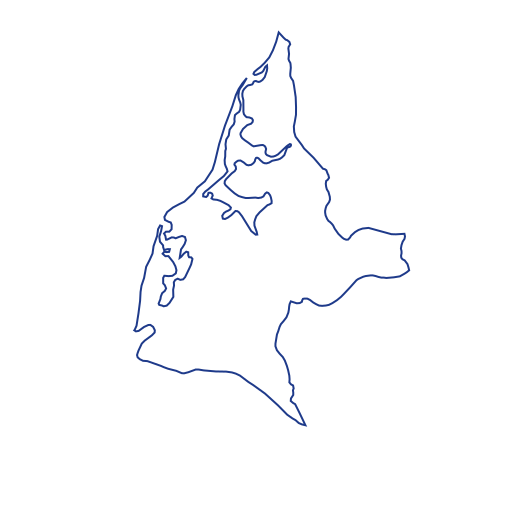 the district of Etimbouè, Ogooué-Maritime, Gabon, rotated 53°
{"feature_id": "22940354B22587364924270", "entity_name": "Etimbouè", "entity_type": "district", "adm_level": 2, "iso_a3": "GAB", "parent_name": "Gabon", "parent_adm1": "Ogooué-Maritime", "projection": "robinson", "projection_center": [9.502, -1.676], "detail": "fine", "context": "isolated", "style": "outline", "palette": "blue", "viewbox_px": 512, "rotation_deg": 53, "n_neighbors": 0, "source": "geoboundaries", "source_scale": "gbopen_adm2", "svg_char_len": 6162}
<svg xmlns="http://www.w3.org/2000/svg" viewBox="0 0 512 512"><g transform="rotate(53 256 256)"><path d="M420.9,318.4L407.6,315.7L397.9,313.9L395.8,314.8L392.7,315.5L390.8,313.8L389.4,309.9L387.6,308.5L385.5,307.3L384.4,305.6L381.7,304.3L379.6,305.3L377.0,305.4L374.7,303.4L371.6,301.4L366.6,299.1L362.4,297.5L356.9,295.9L352.8,295.4L348.2,295.9L343.8,296.0L339.8,294.8L337.7,293.2L331.3,286.5L329.5,283.6L326.8,279.8L325.4,277.1L324.6,273.3L323.3,268.6L320.7,264.3L318.7,262.1L316.4,260.0L314.7,258.2L313.2,255.5L318.3,251.9L319.9,249.4L320.2,246.9L319.2,245.8L318.5,244.3L319.1,243.0L321.0,240.6L323.7,239.3L327.5,238.3L330.6,237.0L333.5,235.5L335.6,233.2L337.6,230.0L338.9,227.2L339.6,223.4L340.0,218.0L339.8,212.8L339.2,208.7L337.7,199.9L335.8,190.3L335.9,188.2L337.1,182.8L338.0,180.5L340.5,176.1L341.8,174.4L344.0,172.5L346.3,170.9L348.7,168.9L350.0,167.1L352.0,165.1L356.0,158.7L358.8,153.4L359.5,148.1L359.7,145.4L359.6,142.3L356.9,141.1L353.6,139.9L349.0,139.9L346.7,141.0L344.8,141.0L343.1,140.0L341.4,138.1L339.6,136.8L337.3,135.8L334.9,133.3L332.8,130.2L331.7,127.1L330.0,125.2L327.6,124.1L322.9,131.2L320.1,134.7L301.3,149.2L298.2,154.4L296.9,158.5L296.5,162.5L297.0,167.9L297.8,169.7L298.3,172.6L297.2,174.2L295.1,175.5L293.0,176.1L287.9,176.9L281.6,176.7L277.9,176.0L275.6,176.1L273.1,176.5L271.7,177.0L269.3,176.9L265.5,176.0L263.0,174.7L261.5,173.6L259.6,171.4L258.3,169.5L256.9,165.1L255.5,163.0L253.1,161.4L248.5,159.6L245.4,159.3L242.9,158.3L240.3,156.8L238.3,154.8L238.3,152.8L237.5,150.6L234.9,149.5L233.5,149.3L229.8,148.2L228.1,148.8L226.6,150.0L212.1,150.9L199.0,152.9L194.9,152.6L184.5,152.6L180.0,150.9L175.3,147.8L172.1,144.2L167.3,139.1L161.3,134.5L153.0,128.7L142.6,123.0L138.5,121.0L135.0,120.8L132.9,120.3L131.1,119.0L126.6,114.9L123.8,113.1L122.5,112.4L120.0,112.1L118.2,111.5L114.5,108.0L109.8,105.3L108.6,104.1L107.5,101.3L105.1,100.5L102.4,101.2L101.1,102.1L98.2,102.6L91.1,103.3L97.0,110.9L101.9,118.7L105.4,125.9L107.0,133.0L107.7,138.6L107.7,142.2L108.0,146.6L109.0,148.4L110.6,148.1L111.5,146.6L112.9,140.9L112.6,138.9L110.5,134.6L110.4,132.5L113.0,134.2L114.9,136.2L118.4,141.4L119.3,144.9L119.2,147.5L118.7,149.0L117.4,150.1L116.2,150.7L115.5,152.1L115.5,153.1L116.3,154.5L116.7,155.7L115.9,157.8L115.0,159.4L114.9,161.4L115.5,165.0L116.3,167.1L118.2,169.3L120.4,170.8L123.9,172.3L131.6,178.0L133.1,179.2L135.5,180.3L137.4,180.3L139.4,180.0L141.4,177.9L143.7,176.5L145.6,176.7L146.9,178.0L147.4,180.3L146.2,184.2L146.7,189.9L148.6,194.4L149.6,195.3L151.7,196.0L153.6,196.1L156.8,195.3L161.0,193.9L165.3,192.7L167.0,191.9L170.3,185.5L171.5,183.7L173.3,182.9L174.6,182.9L176.6,183.5L178.2,185.4L179.3,186.3L180.5,186.7L182.1,186.5L185.7,184.3L187.0,182.3L187.7,180.2L188.1,177.3L186.8,165.5L186.8,163.7L187.0,161.5L187.9,161.0L188.6,161.4L189.2,162.5L189.1,163.5L188.4,165.2L188.4,166.3L192.5,172.7L192.9,176.0L192.8,178.4L192.2,180.4L189.7,185.7L189.3,189.3L188.4,191.7L187.3,193.1L185.8,194.1L182.2,194.9L179.4,195.2L178.1,196.0L177.7,196.9L178.4,198.5L179.7,200.0L180.3,202.2L180.3,204.9L179.0,207.5L177.5,208.7L173.9,209.5L170.4,210.9L169.1,212.9L168.9,214.7L169.1,217.2L170.1,218.3L172.3,218.3L174.5,219.6L175.4,221.9L175.4,225.7L176.6,233.6L177.4,235.8L179.1,237.4L181.2,237.7L188.1,236.5L193.1,235.4L197.6,233.8L200.7,231.6L203.4,229.4L205.2,227.0L209.0,221.3L211.0,219.4L212.5,216.6L212.9,214.2L211.7,211.2L211.7,209.1L213.1,208.2L216.0,208.2L218.3,208.9L221.5,210.4L223.2,211.8L222.9,214.3L222.3,216.2L223.3,226.8L224.4,231.7L226.2,234.6L228.1,237.1L230.9,239.0L237.1,240.9L239.6,242.1L238.8,243.4L233.2,244.8L215.7,243.2L210.8,243.3L209.0,243.9L207.7,245.3L208.5,251.1L208.4,255.5L207.8,258.5L206.2,260.0L203.6,258.8L202.4,255.7L202.5,253.1L203.1,250.8L203.3,248.3L202.2,246.9L198.9,247.3L192.9,250.1L190.5,251.3L187.7,253.3L185.1,256.1L183.2,256.9L181.7,254.2L179.8,253.5L178.0,254.3L177.0,255.9L178.7,258.3L178.9,260.3L176.6,262.3L174.7,260.8L174.0,257.8L174.0,254.0L173.0,238.8L172.8,233.6L171.3,227.8L168.8,226.8L166.0,226.2L163.8,225.5L160.5,223.3L158.0,220.7L153.6,217.3L152.3,215.5L148.4,213.1L145.0,209.6L143.4,205.3L139.2,201.0L138.1,197.6L137.5,194.6L135.8,192.2L133.6,190.8L130.8,188.0L130.6,185.6L130.7,182.7L129.6,180.6L126.1,177.2L123.9,176.2L120.9,175.4L118.9,174.6L117.1,173.4L113.8,170.1L112.6,167.9L111.4,163.7L108.3,156.2L110.0,163.1L112.2,169.3L115.4,175.3L122.2,184.8L133.2,202.3L144.4,218.0L156.3,232.4L160.9,238.8L165.6,251.9L166.0,261.7L168.2,267.7L169.5,280.4L168.4,286.0L167.3,293.1L167.4,300.5L169.7,305.7L172.4,307.0L176.1,305.2L177.9,303.9L180.4,304.6L183.8,307.3L184.4,310.6L182.4,313.3L182.7,315.9L185.4,316.3L188.8,318.0L189.4,317.2L190.4,312.1L191.8,310.5L193.5,309.5L194.4,306.1L195.5,303.0L198.1,301.3L201.2,302.5L203.4,305.7L204.8,309.3L205.6,311.9L211.6,318.1L211.6,316.1L210.7,312.3L210.6,309.1L212.2,307.9L214.9,309.8L216.7,310.2L218.2,308.5L220.1,308.5L223.7,312.9L225.6,316.4L230.2,325.3L230.8,328.2L229.5,330.8L227.0,332.2L226.5,334.9L227.5,337.4L230.2,339.2L233.0,342.4L238.9,346.6L241.4,353.3L241.9,357.2L240.6,360.0L239.1,360.8L236.8,362.7L235.4,362.4L232.9,358.3L231.0,356.3L229.2,353.3L229.0,349.8L227.8,347.3L224.5,346.4L222.0,346.6L217.6,343.3L216.6,341.1L219.5,337.9L221.5,334.7L221.6,330.5L219.5,328.1L215.8,326.6L211.0,325.8L203.4,326.0L201.6,328.5L198.0,329.2L197.4,326.7L199.2,324.9L200.4,322.9L198.7,320.7L197.3,322.5L195.9,325.8L193.0,324.8L191.6,323.8L186.8,324.1L182.4,321.6L178.9,316.7L175.6,313.1L173.9,314.2L175.6,318.0L180.4,322.8L186.5,331.9L191.8,337.2L195.2,343.4L198.5,350.2L206.2,358.6L210.8,365.3L215.2,369.8L222.1,375.6L231.1,384.4L239.8,393.4L242.0,397.4L242.1,397.9L243.9,397.3L245.2,394.8L245.3,388.1L246.3,383.5L247.5,381.8L250.7,380.8L254.4,381.5L256.1,383.0L256.7,386.9L256.6,395.7L257.2,399.9L260.8,406.7L262.1,408.7L263.5,410.6L265.7,411.5L268.5,410.9L271.7,409.3L274.6,406.0L286.5,398.1L289.2,396.6L293.1,394.1L299.7,388.8L304.9,385.8L306.4,384.1L308.1,380.0L310.4,372.4L312.3,370.0L315.9,366.6L323.9,357.7L330.4,349.4L334.5,345.3L337.8,342.9L341.8,340.8L352.0,337.9L357.4,335.9L371.3,331.6L388.6,328.3L401.5,326.6L407.7,324.6L410.9,323.2L415.1,322.4L418.1,320.7L420.9,318.4Z" fill="none" stroke="#1e3a8a" stroke-width="2"/></g></svg>